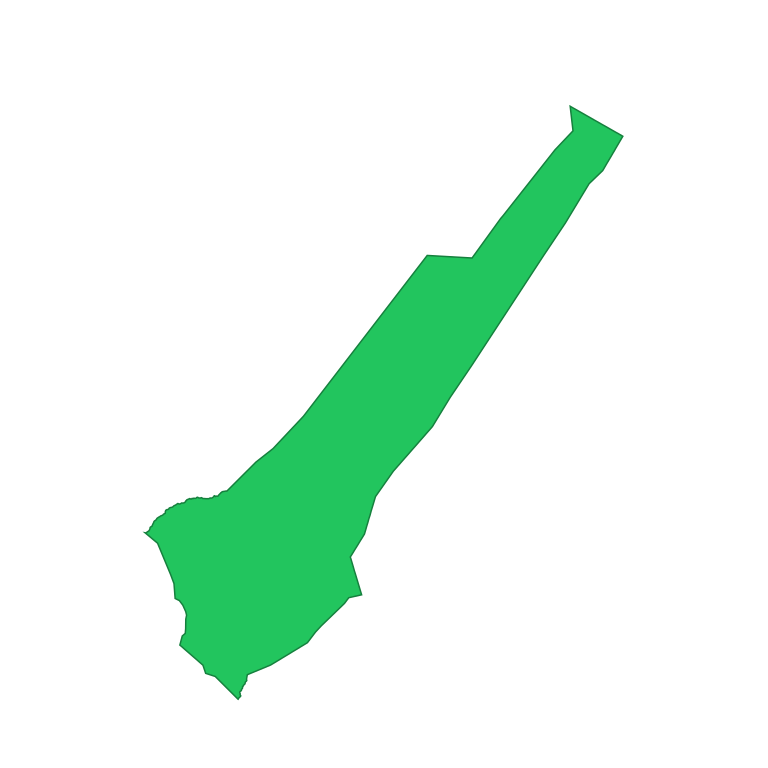 Cogt, Govi-Altay, Mongolia (orthographic projection), rotated 216°
{"feature_id": "93677404B32157357652115", "entity_name": "Cogt", "entity_type": "district", "adm_level": 2, "iso_a3": "MNG", "parent_name": "Mongolia", "parent_adm1": "Govi-Altay", "projection": "orthographic", "projection_center": [96.826, 44.224], "detail": "fine", "context": "isolated", "style": "filled", "palette": "green", "viewbox_px": 768, "rotation_deg": 216, "n_neighbors": 0, "source": "geoboundaries", "source_scale": "gbopen_adm2", "svg_char_len": 3667}
<svg xmlns="http://www.w3.org/2000/svg" viewBox="0 0 768 768"><g transform="rotate(216 384 384)"><path d="M332.5,685.2L332.5,685.3L333.4,694.1L334.0,700.8L334.5,705.6L334.7,708.1L335.0,710.4L335.0,710.5L335.6,716.7L336.4,724.8L342.4,724.2L343.6,724.0L351.0,723.2L360.7,722.1L369.6,721.1L378.8,720.1L396.6,718.1L379.9,699.9L383.3,674.0L386.6,590.2L386.9,586.5L386.8,537.7L424.6,513.4L430.2,310.6L435.8,266.5L441.7,245.6L448.2,204.9L448.9,204.6L449.6,203.8L450.2,203.2L451.2,202.2L451.7,201.4L451.8,200.5L452.1,200.0L452.1,199.4L452.2,198.7L452.4,197.3L452.5,196.6L452.4,196.1L452.5,195.6L452.8,195.3L453.2,195.0L453.7,194.8L454.0,194.5L454.3,193.9L454.8,194.0L455.4,194.0L455.7,193.5L455.5,192.8L455.7,192.0L456.0,191.2L456.2,190.7L456.6,190.2L457.4,189.8L457.7,189.5L457.8,189.3L457.9,189.1L458.1,188.9L458.2,188.5L458.5,188.1L459.1,187.6L459.6,187.4L459.9,187.1L460.3,186.8L460.8,186.5L461.5,186.0L461.9,185.8L462.5,185.5L462.8,185.1L463.1,184.9L463.5,184.8L463.9,184.8L464.2,184.9L464.6,184.8L465.1,184.6L465.3,184.2L465.5,183.8L466.1,183.4L466.7,183.1L467.2,182.8L467.6,182.8L468.0,182.9L468.4,182.7L468.7,182.3L468.9,181.8L468.9,181.2L469.2,180.7L469.7,180.3L470.1,180.2L470.4,180.0L470.7,179.9L470.9,179.5L471.0,179.1L471.2,178.9L471.7,178.8L472.0,178.7L472.1,178.1L472.3,177.6L472.9,177.3L473.7,177.2L474.1,176.8L474.1,176.4L474.7,175.7L475.0,175.1L475.4,174.5L475.5,173.5L475.6,172.9L475.5,172.3L475.5,171.6L475.6,171.0L476.0,170.2L476.5,169.7L477.0,169.2L477.6,169.0L477.9,168.5L478.2,167.7L478.5,167.2L478.9,166.7L479.8,166.3L480.5,166.2L480.9,165.3L481.1,164.6L481.3,164.2L481.4,163.7L481.5,163.3L481.6,163.1L481.9,162.9L482.1,162.5L482.4,161.9L482.5,161.4L482.6,160.6L483.0,159.7L483.7,159.0L484.3,158.3L484.8,157.4L484.7,156.1L485.2,155.3L485.7,154.9L486.1,154.1L486.3,153.5L486.2,153.1L486.1,152.8L485.9,152.3L485.7,151.8L485.3,151.4L485.2,151.0L485.0,150.7L485.3,150.1L485.7,149.5L485.9,148.9L485.9,148.2L486.0,147.7L486.4,147.0L486.8,146.6L487.3,145.6L487.4,144.9L487.9,144.1L488.1,143.6L488.7,141.8L488.6,141.3L488.6,140.5L488.6,139.7L488.8,139.2L489.2,138.3L489.2,137.9L489.2,137.3L488.7,135.6L488.7,134.8L488.5,134.1L488.3,133.2L488.1,132.4L488.2,132.2L488.4,132.0L488.5,131.6L488.8,131.1L488.9,130.5L488.4,129.7L488.1,128.6L487.9,127.8L488.0,126.4L488.4,125.8L488.7,125.0L488.7,124.2L489.2,123.5L489.6,123.3L489.8,123.2L473.6,122.1L444.6,104.4L436.6,99.1L426.9,87.7L422.2,88.5L416.7,86.8L410.6,83.3L407.8,80.9L406.1,77.2L400.6,69.4L398.2,65.4L399.1,61.6L395.7,52.8L365.2,50.1L358.2,45.1L348.6,48.2L316.8,43.2L316.7,43.2L316.7,43.4L317.0,43.6L317.0,44.0L316.8,44.5L316.8,45.3L316.6,46.0L316.5,46.5L316.5,47.3L316.8,47.7L317.4,47.8L317.6,47.9L317.8,48.0L318.0,48.5L318.5,49.1L319.1,49.4L319.6,49.8L319.7,50.3L319.6,51.0L319.3,51.5L319.3,52.1L319.3,52.4L319.6,52.8L319.8,53.2L319.8,53.3L319.8,53.5L319.6,54.1L319.6,54.4L319.7,54.6L319.9,55.2L320.2,55.5L320.5,55.9L320.6,56.2L320.3,56.9L320.4,57.6L320.5,58.1L320.5,58.5L320.4,58.9L320.2,59.4L320.3,59.8L320.6,60.6L320.9,61.1L320.9,62.0L320.7,62.7L320.7,63.2L320.9,63.7L321.4,64.1L321.8,64.5L322.1,65.2L322.9,66.7L323.4,67.9L323.7,68.5L310.5,90.1L293.9,129.7L293.6,143.2L292.6,151.5L287.0,183.3L286.9,190.4L278.2,200.3L295.9,213.8L298.1,215.4L301.5,218.1L304.9,220.7L308.4,223.4L309.6,224.2L309.7,226.3L310.0,230.3L310.2,232.4L310.5,236.7L310.6,238.3L311.1,244.0L311.1,244.3L311.1,244.5L311.3,247.4L311.5,249.7L311.6,251.1L312.1,252.5L313.1,255.3L314.4,258.8L315.6,262.3L317.0,266.0L318.2,269.7L319.7,273.6L321.1,277.7L324.7,287.9L325.2,318.9L321.6,358.0L319.8,378.0L322.6,412.2L323.9,450.1L330.4,582.0L331.9,621.0L335.8,666.6L332.5,685.2Z" fill="#22c55e" stroke="#15803d" stroke-width="1.5"/></g></svg>